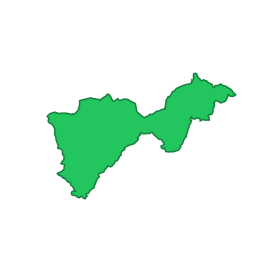 Azogues, Cañar, Ecuador, rotated 211°
{"feature_id": "8360857B88575915979484", "entity_name": "Azogues", "entity_type": "district", "adm_level": 2, "iso_a3": "ECU", "parent_name": "Ecuador", "parent_adm1": "Cañar", "projection": "mercator", "projection_center": [-78.782, -2.632], "detail": "fine", "context": "isolated", "style": "filled", "palette": "green", "viewbox_px": 256, "rotation_deg": 211, "n_neighbors": 0, "source": "geoboundaries", "source_scale": "gbopen_adm2", "svg_char_len": 5790}
<svg xmlns="http://www.w3.org/2000/svg" viewBox="0 0 256 256"><g transform="rotate(211 128 128)"><path d="M128.0,47.9L128.0,48.3L128.1,48.2L128.3,48.5L129.0,48.8L129.9,49.8L129.2,50.8L128.4,51.3L128.3,54.0L127.9,56.1L127.4,57.4L126.5,59.0L126.4,59.5L127.2,62.0L127.2,64.0L127.8,64.7L127.9,65.2L127.6,66.3L127.9,66.3L128.2,67.0L128.1,68.9L127.5,70.5L127.5,71.6L128.2,71.8L129.0,72.4L129.2,72.9L129.4,73.8L126.1,78.0L126.1,78.6L126.7,80.3L125.9,81.7L125.8,82.6L125.8,84.9L122.8,85.8L122.1,87.0L121.5,90.9L121.6,91.9L122.1,92.8L120.7,94.0L120.2,94.7L120.5,95.3L120.5,96.2L120.2,97.0L120.8,99.2L119.9,101.1L120.5,101.6L121.0,102.7L121.1,104.1L120.8,106.1L120.0,107.3L119.8,108.1L120.7,108.2L120.4,109.1L120.5,110.2L116.9,115.5L115.7,116.3L114.8,117.8L114.6,117.8L114.1,120.0L113.4,122.0L113.5,123.3L113.8,123.5L113.6,124.2L115.1,124.4L114.5,125.8L114.6,127.1L114.1,127.6L114.0,129.0L114.7,129.4L114.7,130.4L112.0,130.8L111.1,131.6L109.6,132.3L108.7,133.4L106.6,134.3L106.2,135.7L104.8,136.9L103.7,136.1L102.7,136.0L102.2,135.5L101.0,135.2L99.5,135.2L97.0,134.5L96.1,134.5L95.5,134.3L95.0,134.9L94.5,135.1L93.2,135.1L91.7,134.6L90.9,134.0L90.1,133.9L89.5,133.6L88.9,132.5L88.9,132.0L89.1,131.2L90.3,129.9L90.3,129.4L89.8,128.7L89.0,128.2L88.4,128.3L87.1,128.1L86.3,129.6L83.4,127.3L81.1,128.3L77.2,130.8L76.4,131.4L75.4,132.8L73.7,134.4L73.6,134.7L73.8,135.1L73.2,135.8L73.0,137.0L73.2,138.4L73.1,139.1L73.2,139.3L74.0,139.6L73.9,140.5L73.3,142.1L73.3,142.8L73.7,144.9L74.1,145.6L73.9,146.8L74.4,148.0L73.6,150.1L73.5,151.0L74.6,152.3L74.8,152.9L74.7,154.4L74.9,155.1L75.5,156.1L75.7,157.3L76.0,157.7L75.7,158.2L75.9,158.9L76.0,160.1L76.2,160.3L76.5,161.1L76.8,161.2L77.0,161.5L77.0,162.7L76.6,163.4L76.8,164.5L77.2,165.7L77.2,166.7L77.4,167.1L78.1,166.9L78.9,167.1L79.6,170.0L79.0,170.2L78.6,168.9L77.5,169.2L76.4,169.7L75.8,170.3L75.5,170.1L75.0,170.4L74.6,172.0L73.7,172.2L73.2,172.6L72.7,172.5L72.2,172.7L71.7,173.1L71.3,173.3L69.7,171.3L69.1,172.7L67.6,174.0L66.9,174.3L66.0,174.4L64.5,175.3L64.0,175.8L62.3,176.7L62.9,177.4L63.5,177.7L63.7,178.4L64.1,178.9L65.4,179.2L65.5,181.2L63.7,182.2L63.6,183.0L63.1,184.1L63.9,186.4L64.2,186.6L64.8,187.9L65.1,190.5L65.3,191.2L65.5,191.1L65.7,191.7L65.7,192.3L66.4,193.1L66.9,193.3L66.8,193.5L67.0,193.7L66.8,194.0L67.3,194.6L67.2,195.4L66.9,196.0L67.0,196.7L64.6,197.3L61.3,197.2L60.2,199.2L58.8,200.1L58.2,202.6L58.5,203.5L58.3,204.0L58.6,204.3L58.7,205.6L58.5,206.4L59.0,207.2L58.9,208.0L59.2,208.1L59.3,208.4L59.0,208.7L58.4,208.2L56.7,208.0L54.5,209.0L53.5,210.2L52.8,212.0L56.8,212.8L57.8,213.6L59.1,213.7L59.6,214.1L60.2,214.2L60.8,214.0L64.9,214.2L66.3,214.1L67.9,213.4L71.4,213.4L72.7,210.8L75.3,209.0L74.9,207.5L75.1,206.9L77.0,207.1L77.5,208.2L78.2,208.4L80.5,208.6L81.8,208.0L82.5,208.1L83.5,208.6L84.7,208.8L85.6,208.7L86.1,208.4L87.8,208.3L88.1,208.1L88.6,207.5L88.5,207.1L89.2,206.5L90.4,206.4L91.9,207.1L94.1,207.5L96.5,209.0L97.2,209.9L98.7,209.4L99.6,208.4L98.8,206.3L97.8,205.6L97.6,204.2L96.9,202.9L97.3,201.9L97.1,201.4L97.5,201.5L97.2,201.2L97.3,200.7L97.2,200.4L97.4,200.1L96.9,199.3L97.1,198.4L97.3,198.0L98.4,197.0L99.5,196.3L101.8,193.8L104.8,189.9L105.6,188.5L106.6,187.2L107.0,186.5L107.0,185.2L107.5,183.8L108.0,182.5L108.6,182.0L108.2,179.1L108.5,177.8L108.4,177.0L108.7,176.2L109.3,175.9L109.8,175.2L109.3,174.3L109.6,173.7L109.7,171.2L108.5,169.5L108.1,167.8L107.1,166.0L107.1,165.8L106.9,165.4L107.0,164.9L106.1,164.8L106.2,163.8L106.6,163.3L106.4,162.8L107.2,162.5L108.6,161.2L109.3,160.1L109.7,158.9L110.6,158.5L111.5,157.2L112.4,156.8L112.5,156.4L112.5,155.8L114.3,151.8L116.0,151.4L116.4,150.9L116.9,148.7L117.3,148.4L117.4,147.8L118.4,147.0L119.2,145.4L121.1,145.3L128.1,146.3L129.2,147.0L130.5,148.3L133.1,151.5L134.0,152.3L135.2,152.9L137.3,152.3L138.7,152.6L139.5,151.9L140.7,152.1L141.0,152.4L141.7,152.5L142.6,152.2L143.3,152.3L144.3,151.6L146.0,151.2L146.5,150.0L147.4,149.6L147.9,149.0L148.4,148.0L149.3,147.4L149.8,147.3L151.9,147.9L153.0,145.0L153.6,144.6L154.1,143.8L154.7,143.3L155.3,143.2L156.3,144.2L159.7,146.3L161.5,146.8L162.8,146.6L163.4,145.7L163.4,143.9L164.9,141.3L165.3,139.9L165.9,138.7L165.9,137.4L167.4,137.6L169.7,136.5L171.0,136.3L171.7,135.8L173.5,135.0L175.2,134.9L183.3,126.9L183.4,125.8L182.3,124.8L182.0,123.8L181.1,122.3L180.6,119.8L179.8,117.7L180.3,115.3L180.8,114.0L180.8,112.8L181.0,112.3L181.3,112.1L182.7,111.8L182.7,111.1L183.2,110.6L185.8,110.0L189.3,108.5L190.5,107.7L192.6,106.6L194.1,105.1L195.9,104.5L198.6,104.0L200.0,102.9L200.3,102.2L202.4,100.1L202.5,98.7L203.2,97.4L203.0,96.1L202.2,96.1L200.5,95.3L200.5,93.9L199.7,92.5L198.7,92.0L197.6,91.8L196.8,92.1L195.2,92.1L192.9,91.1L191.1,90.1L189.9,89.1L188.4,86.0L187.0,84.3L185.1,83.1L184.5,82.0L183.5,80.8L178.8,77.0L178.3,76.3L178.1,75.6L178.1,74.8L177.4,74.6L176.4,74.7L176.4,74.9L174.8,75.5L174.4,75.6L174.0,75.5L172.0,74.2L171.3,72.6L170.6,71.8L169.9,71.4L168.9,71.2L167.8,70.3L166.8,67.9L167.0,66.3L167.2,65.4L167.2,63.0L164.9,63.4L163.7,64.0L163.5,63.9L162.2,60.6L161.5,59.7L162.2,57.8L162.1,57.4L162.5,56.5L163.4,55.0L164.2,54.4L165.0,52.6L164.4,52.7L164.0,52.2L162.9,51.8L162.4,52.3L161.9,52.4L161.7,52.2L161.0,52.2L160.6,52.5L160.2,52.4L159.8,52.7L158.7,51.8L158.0,52.1L158.0,51.7L157.6,51.6L156.7,52.2L156.3,52.1L156.1,52.4L155.4,51.8L154.9,51.9L153.9,51.7L153.0,51.0L152.4,51.3L151.6,51.2L151.4,50.8L151.2,50.7L150.1,51.5L148.6,51.0L148.6,50.5L147.3,49.4L146.9,49.6L145.4,49.4L144.5,48.9L143.0,47.6L142.1,47.5L141.4,47.0L140.4,47.0L140.6,46.5L142.8,45.4L143.2,44.6L143.2,43.7L142.8,42.7L142.1,42.0L141.7,41.8L141.2,41.8L139.2,42.6L137.4,43.1L135.8,42.6L135.3,42.6L134.6,43.0L134.4,43.4L134.0,43.6L133.8,43.4L133.1,44.7L133.0,45.3L132.5,45.6L130.6,45.0L129.8,45.1L129.4,44.9L129.0,45.2L128.4,45.2L128.2,45.6L128.5,46.1L128.5,47.2L128.0,47.9Z" fill="#22c55e" stroke="#15803d" stroke-width="1.5"/></g></svg>